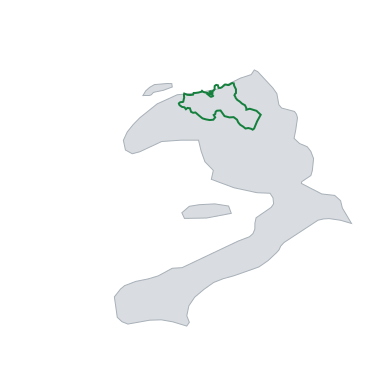 Nord on a map of Haiti (Natural Earth projection), rotated 328°
{"feature_id": "HTI-1387", "entity_name": "Nord", "entity_type": "Department", "adm_level": 1, "iso_a3": "HTI", "parent_name": "Haiti", "parent_adm1": "", "projection": "natural_earth1", "projection_center": [-72.317, 19.567], "detail": "fine", "context": "in_parent", "style": "outline", "palette": "green", "viewbox_px": 384, "rotation_deg": 328, "n_neighbors": 0, "source": "natural_earth", "source_scale": "10m", "svg_char_len": 2932}
<svg xmlns="http://www.w3.org/2000/svg" viewBox="0 0 384 384"><g transform="rotate(328 192 192)"><path d="M309.5,121.5L311.5,124.7L315.7,146.5L316.1,153.5L311.9,164.1L312.5,168.3L321.6,178.0L321.8,181.5L320.7,185.1L312.9,194.3L307.0,200.6L308.9,207.9L313.7,214.7L314.3,220.5L312.8,228.1L305.4,237.6L301.6,241.0L290.5,241.4L289.3,242.7L294.8,252.0L301.0,262.4L311.2,270.5L313.4,278.1L311.0,285.3L310.6,303.2L302.8,294.5L294.3,287.3L289.2,284.5L283.9,282.7L243.2,283.6L238.6,284.9L235.1,287.2L231.3,288.3L220.1,290.5L209.0,291.0L183.0,285.2L172.7,282.1L162.4,280.2L150.5,280.9L138.6,282.6L129.1,286.8L122.0,294.2L120.7,301.1L116.5,302.9L106.9,291.9L98.2,284.1L88.2,278.3L67.6,270.0L63.9,264.9L62.2,258.7L70.6,239.8L80.0,236.4L85.2,235.7L96.9,238.0L108.3,242.3L118.7,245.2L134.8,246.2L143.5,250.9L205.3,258.1L217.0,260.4L221.6,259.6L225.6,256.8L228.9,251.7L232.7,247.8L251.0,247.0L254.9,245.3L257.6,239.9L257.5,234.4L246.7,227.0L229.9,210.7L215.1,191.5L221.5,185.0L219.0,173.2L221.4,162.2L225.0,151.5L210.3,142.3L193.0,133.1L169.0,130.2L161.6,127.9L157.8,121.1L161.2,111.8L169.0,106.7L178.0,103.6L187.1,101.4L209.2,98.8L231.0,101.7L250.0,111.2L269.2,118.6L293.5,121.1L304.4,123.8L309.5,121.5ZM215.6,223.3L214.0,230.9L190.6,221.8L171.6,210.4L172.4,204.2L182.1,202.7L191.4,206.6L205.1,214.2L215.6,223.3ZM228.6,86.9L232.3,89.4L230.9,92.5L221.7,90.6L212.1,87.1L209.0,88.0L207.1,87.6L201.5,84.2L206.4,81.7L211.5,80.8L217.0,81.0L228.6,86.9Z" fill="#d9dde1" stroke="#a8b0b8" stroke-width="1"/><path d="M237.6,104.4L239.5,107.1L242.0,108.9L244.5,110.0L245.9,108.9L247.6,109.9L250.3,111.1L252.9,111.9L254.1,111.5L254.6,113.2L259.1,117.8L259.1,118.5L258.6,118.3L257.2,117.8L258.3,121.0L258.7,121.4L260.4,121.8L260.7,121.7L260.4,120.8L261.6,119.2L261.3,119.2L260.7,119.3L260.4,119.2L260.6,118.6L260.8,118.3L260.9,118.5L260.9,117.8L260.7,117.5L260.4,116.3L260.9,116.3L262.3,117.2L264.2,117.4L265.8,116.7L266.6,115.2L267.5,114.1L269.3,114.0L270.5,115.2L269.7,117.8L271.3,118.8L272.8,119.0L276.4,118.3L276.7,118.3L277.2,118.5L277.9,119.0L279.2,120.4L280.1,120.8L283.2,120.8L284.0,121.0L284.4,121.5L284.6,122.0L284.9,122.1L284.5,123.2L284.1,124.0L283.7,128.2L281.7,131.4L280.3,131.7L279.2,132.5L279.2,134.0L278.9,135.4L279.2,137.9L280.4,140.5L281.3,143.7L282.9,146.5L282.6,149.4L281.7,151.0L283.4,151.5L285.1,152.0L289.7,157.3L291.2,162.9L284.6,166.6L278.3,171.1L276.5,171.3L275.7,169.8L273.7,167.6L271.0,166.5L270.0,163.6L268.5,160.5L268.1,157.5L268.5,154.5L267.0,150.6L263.3,148.6L259.8,144.9L259.4,138.0L257.6,137.0L256.3,136.3L254.7,136.4L253.0,138.2L251.2,138.2L251.2,141.0L248.4,142.0L245.2,140.4L242.4,137.9L239.9,135.1L238.4,130.7L237.1,126.4L234.9,125.4L233.7,123.5L234.6,119.9L232.7,118.3L230.7,118.6L230.5,116.2L228.6,114.5L227.5,111.9L227.5,111.2L227.8,109.9L229.1,109.6L230.5,110.0L231.4,110.6L232.4,110.8L233.6,109.6L234.6,108.5L235.4,107.8L236.0,106.5L236.9,105.0L237.6,104.4Z" fill="none" stroke="#15803d" stroke-width="2"/></g></svg>